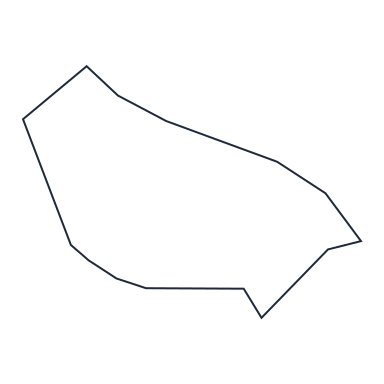 an SVG outline of Bistrica ob Sotli
{"feature_id": "SVN-255", "entity_name": "Bistrica ob Sotli", "entity_type": "Municipality", "adm_level": 1, "iso_a3": "SVN", "parent_name": "Slovenia", "parent_adm1": "", "projection": "natural_earth1", "projection_center": [15.648, 46.051], "detail": "fine", "context": "isolated", "style": "outline", "palette": "slate", "viewbox_px": 384, "rotation_deg": 0, "n_neighbors": 0, "source": "natural_earth", "source_scale": "10m", "svg_char_len": 321}
<svg xmlns="http://www.w3.org/2000/svg" viewBox="0 0 384 384"><path d="M86.6,66.2L118.0,95.6L166.3,121.1L277.2,161.8L325.5,193.3L361.0,241.1L359.9,241.4L328.0,249.4L261.5,317.8L243.7,288.7L146.0,288.2L116.5,278.5L88.7,260.4L70.9,245.0L23.0,119.2L86.3,66.5L86.6,66.2Z" fill="none" stroke="#1e293b" stroke-width="2"/></svg>